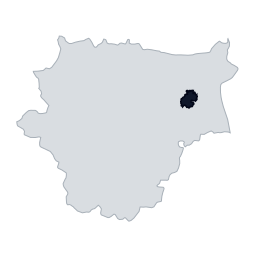 location of Slonim, Grodno, Belarus, rotated 179°
{"feature_id": "67162791B56929358145249", "entity_name": "Slonim", "entity_type": "district", "adm_level": 2, "iso_a3": "BLR", "parent_name": "Belarus", "parent_adm1": "Grodno", "projection": "albers", "projection_center": [25.224, 53.068], "detail": "fine", "context": "in_parent", "style": "filled", "palette": "ink", "viewbox_px": 256, "rotation_deg": 179, "n_neighbors": 0, "source": "geoboundaries", "source_scale": "gbopen_adm2", "svg_char_len": 6754}
<svg xmlns="http://www.w3.org/2000/svg" viewBox="0 0 256 256"><g transform="rotate(179 128 128)"><path d="M221.7,186.3L217.1,186.4L211.7,187.0L208.9,189.4L205.5,188.6L203.2,190.0L198.3,196.3L196.4,199.6L194.8,204.6L193.8,208.3L194.7,210.7L195.9,213.0L196.3,215.5L196.9,217.4L195.7,218.9L195.1,221.1L192.7,220.9L189.8,219.1L189.0,216.3L186.7,214.4L185.2,213.5L182.8,213.5L179.1,214.7L174.3,215.7L170.6,216.1L168.6,217.3L165.7,218.4L164.5,217.3L162.6,214.2L161.1,211.0L160.1,209.6L159.3,209.3L158.3,209.4L157.2,210.5L156.4,211.6L153.4,213.0L152.1,214.2L150.7,217.3L149.7,217.1L148.6,216.5L147.3,213.2L145.6,212.5L143.0,212.5L139.8,212.0L137.2,211.1L136.2,211.4L134.7,212.8L133.1,213.1L129.3,212.0L128.6,212.6L126.7,216.4L125.7,216.6L125.1,216.1L125.3,212.9L123.1,211.8L119.5,211.8L117.0,212.3L115.7,212.2L115.1,211.6L111.9,206.3L110.2,206.0L107.3,206.4L103.0,205.8L98.0,204.7L95.2,204.3L93.8,203.1L90.7,202.8L82.5,200.6L79.2,200.2L74.2,200.2L66.7,199.7L61.9,200.0L59.7,200.8L57.1,201.2L48.2,201.8L45.0,202.3L44.1,203.5L43.0,205.9L39.2,210.1L35.6,212.9L34.9,213.2L32.9,211.6L31.1,211.1L29.1,210.9L27.6,211.3L26.7,212.0L26.7,215.3L26.5,215.6L25.0,211.6L25.2,208.1L26.2,206.1L27.3,204.3L26.9,201.5L28.0,197.9L28.1,195.3L27.7,194.2L26.9,192.9L24.6,191.4L23.6,190.2L20.5,188.6L17.5,186.6L17.0,185.5L17.1,184.7L17.7,183.5L20.2,180.1L22.8,176.7L24.5,175.4L33.2,171.2L34.5,169.7L34.9,167.1L34.9,161.9L34.4,157.1L33.8,153.8L32.3,147.6L28.2,134.7L25.9,121.4L27.6,122.2L31.6,122.6L34.8,121.8L36.4,121.7L37.9,122.0L42.1,121.3L43.1,122.5L44.9,123.6L48.6,122.1L51.9,120.3L55.3,120.5L55.8,119.6L56.6,114.9L57.6,113.9L61.6,114.4L63.1,113.5L64.7,111.2L67.0,109.8L69.0,109.8L71.1,108.2L72.1,109.2L72.6,111.2L71.9,112.7L72.2,113.3L73.6,114.1L76.1,114.1L77.7,113.4L78.0,112.5L78.0,110.9L77.6,109.4L76.6,108.1L74.6,107.5L73.3,107.5L73.0,106.6L73.5,104.9L74.7,101.6L76.1,98.7L77.0,97.6L77.1,96.6L76.9,94.8L76.9,91.6L78.2,87.1L79.9,83.8L82.2,82.7L85.1,82.0L86.9,80.4L87.8,78.6L88.5,75.7L89.4,75.1L96.3,75.3L97.3,72.4L97.9,71.6L99.2,70.8L100.1,69.7L99.7,68.9L98.0,68.5L93.8,68.1L93.0,67.2L93.2,66.0L94.3,63.0L95.3,59.2L95.7,56.2L95.8,54.5L96.3,54.0L99.6,53.4L100.7,52.8L103.5,48.7L105.7,47.9L111.3,48.8L113.9,48.6L117.2,48.8L117.4,48.4L118.4,44.4L123.7,37.8L126.6,35.5L128.4,34.9L129.1,35.0L132.2,38.3L132.9,38.4L134.8,36.9L138.2,36.6L139.9,37.7L142.3,41.7L143.5,42.1L146.7,39.7L148.5,38.8L149.7,38.8L156.2,41.6L156.7,42.6L156.8,43.8L156.0,47.6L157.5,49.9L159.1,51.3L162.1,48.5L163.3,47.8L164.6,47.6L166.3,46.6L167.4,45.1L168.6,44.5L170.9,44.7L175.1,44.0L180.1,46.0L180.6,46.6L183.2,49.1L184.2,50.3L185.0,50.7L186.4,51.9L188.2,52.6L189.4,52.2L190.0,52.6L190.6,53.6L190.8,55.3L191.0,60.3L189.4,63.0L189.3,63.9L189.5,65.0L191.0,67.1L193.1,70.2L193.7,72.1L193.8,73.6L191.7,78.0L190.9,79.1L190.5,81.2L190.4,83.4L190.6,84.3L195.0,87.3L198.3,88.9L199.0,89.7L199.1,90.3L197.8,94.1L197.7,95.1L200.3,96.4L201.9,98.6L203.4,102.4L206.1,105.9L215.4,110.5L216.3,111.4L216.6,112.6L216.6,115.1L215.4,120.1L217.0,120.7L220.9,120.1L225.7,120.3L231.8,123.1L231.9,124.6L231.5,126.1L232.0,127.5L232.8,128.7L238.2,132.0L238.7,133.1L239.0,134.9L239.0,136.3L237.7,136.7L236.2,137.5L233.9,139.4L233.1,141.8L229.3,145.4L227.0,147.1L225.0,147.4L220.1,147.2L218.3,145.7L217.5,144.4L215.6,143.9L213.1,144.0L209.8,144.6L209.1,145.1L208.7,146.9L207.6,150.0L206.7,151.8L211.5,157.5L213.9,159.8L214.7,161.2L214.7,162.3L213.8,163.6L214.2,166.2L216.6,169.3L216.0,169.9L216.1,174.1L216.5,178.5L217.2,179.5L218.4,180.3L219.5,181.8L221.5,185.3L221.7,186.3Z" fill="#d9dde1" stroke="#a8b0b8" stroke-width="1"/><path d="M63.7,148.2L63.4,148.4L63.2,148.6L63.1,148.8L63.1,149.0L62.9,149.3L62.7,149.6L62.8,149.8L62.9,150.1L62.6,150.3L62.4,150.4L62.1,150.5L61.9,150.6L61.7,150.8L61.7,151.0L61.8,151.2L61.9,151.4L61.9,151.7L62.1,151.8L62.4,151.8L62.5,151.9L62.4,152.2L62.6,152.3L62.8,152.3L63.2,152.5L63.4,152.5L63.6,152.4L63.8,152.5L64.0,152.6L64.4,152.7L64.5,152.8L64.7,153.1L64.7,153.3L64.7,153.5L64.5,153.9L64.3,153.9L64.2,154.2L64.3,154.4L64.1,154.6L63.8,154.7L63.5,154.5L63.2,154.5L62.9,154.5L62.8,154.3L62.7,154.1L62.2,154.1L61.9,154.1L61.6,154.2L61.3,154.2L61.0,154.2L60.5,154.0L60.3,153.9L60.0,153.7L59.9,153.9L60.0,154.1L60.0,154.3L59.8,154.4L59.7,154.4L59.6,154.5L59.4,154.5L59.2,154.6L59.2,154.8L59.3,154.9L59.4,155.1L59.3,155.3L59.2,155.3L59.0,155.2L58.9,155.2L58.7,155.2L58.6,155.3L58.6,155.5L58.8,155.7L58.9,155.8L59.0,155.9L59.1,156.1L59.1,156.3L59.0,156.5L58.8,156.6L58.6,156.7L58.6,157.0L58.8,157.2L58.8,157.4L58.8,157.6L58.6,157.7L58.4,157.9L58.2,158.2L58.2,158.4L58.3,158.7L58.4,158.9L58.6,159.1L58.7,159.4L58.7,159.8L58.7,160.2L58.8,160.1L59.0,159.9L59.6,160.0L59.9,160.0L60.2,160.4L60.2,160.7L60.1,161.0L60.1,161.5L60.3,161.9L60.5,162.1L60.6,162.3L60.6,162.5L60.9,162.7L61.2,162.7L61.5,162.6L61.6,162.4L61.7,162.0L61.7,161.8L61.7,161.5L62.1,161.3L62.3,161.3L62.4,161.5L62.4,161.9L62.3,162.2L62.2,162.5L62.1,163.0L62.3,163.4L62.3,163.5L62.4,163.8L62.2,164.0L62.1,164.4L62.3,164.4L62.5,164.4L62.7,164.2L62.9,164.1L63.0,164.3L63.1,164.5L63.3,164.6L63.5,164.4L63.5,164.2L63.9,163.9L64.0,163.7L64.3,163.6L64.6,163.6L64.6,163.9L64.6,164.2L65.1,164.4L65.5,164.5L65.7,164.4L65.7,164.1L65.7,163.7L66.0,163.4L66.3,163.2L66.7,162.9L67.0,162.8L67.4,163.1L67.4,163.3L67.4,163.6L67.2,163.8L67.1,164.1L67.5,164.4L67.9,164.5L68.4,164.5L68.8,164.3L68.9,164.1L69.0,163.9L69.0,163.5L68.9,163.4L68.7,163.3L68.4,163.3L68.2,163.3L68.0,163.2L68.0,162.7L68.0,162.4L68.1,162.2L68.3,162.1L68.5,162.0L68.5,161.8L68.4,161.6L68.3,161.4L68.0,161.1L67.9,160.9L67.9,160.7L68.2,160.5L68.6,160.6L68.9,160.6L69.2,160.7L69.6,160.6L69.9,160.6L70.4,160.4L70.5,160.2L70.5,159.9L70.5,159.7L70.4,159.2L70.7,159.1L70.9,158.9L71.0,158.5L71.1,158.3L71.3,158.1L71.7,158.0L72.0,157.9L72.5,157.7L72.9,157.2L73.1,156.9L73.3,156.6L73.5,156.5L73.8,156.5L74.1,156.4L74.3,156.1L74.4,155.8L74.4,155.4L74.3,155.0L74.3,154.6L74.5,154.1L74.8,153.8L74.8,153.6L74.8,153.1L74.7,152.9L74.6,152.7L74.6,152.4L74.7,152.1L74.7,151.8L74.5,151.7L74.3,151.6L74.0,151.3L73.9,151.1L73.9,150.7L74.1,150.4L74.4,150.1L74.4,149.9L74.3,149.7L74.3,149.3L74.0,149.2L73.8,149.1L73.6,148.9L73.4,148.8L73.4,148.6L73.2,148.3L73.1,148.1L72.9,148.4L72.7,148.4L72.5,148.6L72.5,148.9L72.4,149.1L72.1,149.4L72.0,149.5L71.8,149.6L71.5,149.7L71.4,149.7L71.3,149.8L71.2,149.9L70.9,149.9L70.7,149.9L70.3,149.6L70.3,149.4L70.3,149.2L70.1,149.1L69.9,149.0L69.6,149.0L69.4,148.9L69.3,148.7L69.2,148.5L69.2,148.3L69.2,148.1L69.1,147.9L69.0,147.7L68.9,147.6L68.4,147.7L67.9,147.7L67.7,147.6L67.4,147.5L67.3,147.2L67.1,147.1L66.8,147.0L66.5,147.0L66.3,147.1L66.1,147.4L66.0,147.6L65.7,147.7L65.5,147.9L65.6,148.1L65.5,148.3L65.4,148.4L65.2,148.4L65.1,148.6L64.9,148.7L64.7,148.6L64.5,148.4L64.3,148.4L64.0,148.4L63.8,148.3L63.7,148.2Z" fill="#0f172a" stroke="#020617" stroke-width="1.5"/></g></svg>